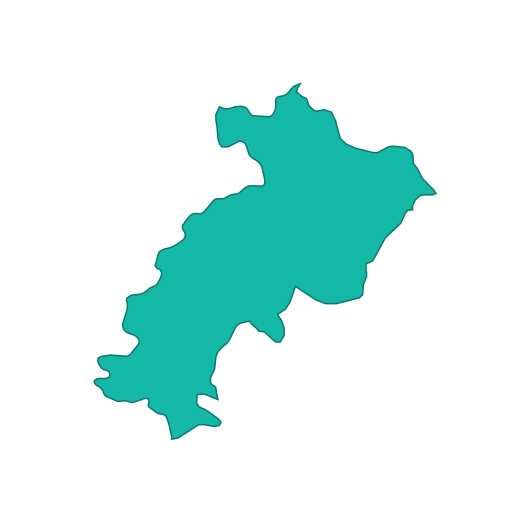 outline of Hautes-Alpes, rotated 344°
{"feature_id": "FRA-5304", "entity_name": "Hautes-Alpes", "entity_type": "Metropolitan department", "adm_level": 1, "iso_a3": "FRA", "parent_name": "France", "parent_adm1": "", "projection": "albers", "projection_center": [6.118, 44.657], "detail": "fine", "context": "isolated", "style": "filled", "palette": "teal", "viewbox_px": 512, "rotation_deg": 344, "n_neighbors": 0, "source": "natural_earth", "source_scale": "10m", "svg_char_len": 3854}
<svg xmlns="http://www.w3.org/2000/svg" viewBox="0 0 512 512"><g transform="rotate(344 256 256)"><path d="M442.4,236.7L444.9,241.4L446.3,245.6L442.2,245.8L433.7,243.4L429.4,243.4L424.1,246.4L419.9,251.8L419.2,254.8L414.7,253.8L411.1,256.2L404.2,264.4L385.2,274.3L367.0,292.8L360.1,293.8L358.8,295.6L357.6,302.7L356.7,306.0L351.4,313.1L347.7,322.8L343.6,324.7L320.2,324.0L309.5,320.9L301.3,314.5L285.5,296.1L276.1,309.6L269.6,315.2L260.6,318.1L262.8,325.3L263.2,333.1L261.1,340.2L255.4,345.4L250.9,343.9L243.0,331.2L238.1,329.1L236.9,326.3L232.7,319.5L231.6,316.7L231.4,316.7L231.1,316.7L230.8,316.7L230.7,316.7L230.3,316.6L230.1,316.6L229.8,316.6L229.6,316.6L229.4,316.6L229.1,316.6L228.8,316.6L228.6,316.6L228.3,316.6L228.0,316.5L227.8,316.5L227.5,316.5L227.2,316.5L226.9,316.5L226.6,316.5L226.3,316.5L226.1,316.4L225.8,316.4L225.5,316.4L225.2,316.4L224.7,316.4L224.2,316.3L223.7,316.3L223.3,316.3L223.1,316.3L222.8,316.3L222.7,316.3L222.4,316.3L222.2,316.2L217.3,318.2L207.5,329.1L203.8,331.9L195.7,335.7L192.1,338.5L189.7,341.8L185.3,352.7L183.1,355.6L180.7,358.1L178.5,361.0L177.4,364.8L178.0,367.7L179.8,369.0L181.1,371.2L180.3,376.6L179.8,383.5L168.0,374.3L161.3,372.9L158.4,380.8L159.5,385.2L165.2,389.9L174.4,401.5L176.6,406.0L174.0,408.8L169.0,408.4L159.0,403.5L154.1,402.4L130.8,409.5L124.4,408.8L125.0,407.7L125.9,394.8L125.7,386.3L124.3,383.8L122.6,382.4L118.8,380.7L117.2,379.2L114.4,375.2L112.7,373.5L111.5,371.8L111.3,369.6L112.8,366.9L113.3,364.8L112.4,363.1L110.6,362.4L108.5,362.3L97.7,362.9L95.7,362.3L91.4,359.6L89.1,358.8L84.6,358.0L83.0,357.5L81.9,356.8L73.2,349.5L72.2,347.9L71.9,346.3L71.6,343.2L71.0,341.2L69.8,339.1L66.4,335.4L65.7,333.4L66.0,331.6L68.6,330.3L70.8,330.3L77.2,332.2L79.3,332.4L81.1,332.1L82.4,330.9L83.0,329.7L82.9,327.3L82.4,326.1L81.1,324.9L79.3,323.9L77.7,322.6L76.3,320.6L75.6,318.5L75.1,316.1L74.9,313.9L75.4,311.9L76.5,310.5L79.3,310.0L81.6,310.0L88.9,311.1L103.3,316.5L105.3,316.8L108.0,316.0L118.4,308.6L120.3,306.5L120.1,302.8L118.9,300.5L117.1,298.6L111.2,294.3L109.6,292.2L108.9,290.8L108.5,288.9L108.5,287.1L108.8,285.6L110.0,283.2L117.0,272.6L118.7,268.7L119.2,265.4L119.2,263.0L120.3,260.9L123.7,259.6L126.2,259.5L128.4,259.7L131.2,260.4L135.4,260.9L138.1,260.4L141.0,259.5L145.0,257.6L151.8,256.6L153.6,255.4L157.3,251.7L159.1,249.4L160.4,247.3L160.6,245.0L160.2,242.8L157.7,240.9L156.3,237.8L162.0,228.0L164.1,225.5L167.0,224.4L169.5,224.1L176.5,224.3L181.2,223.5L190.4,220.5L192.4,218.8L193.8,216.7L194.0,213.5L193.2,211.2L192.9,208.7L193.9,206.4L199.4,201.9L203.2,199.4L205.3,198.4L207.6,198.1L209.7,198.5L213.6,200.0L215.8,200.0L218.2,199.3L230.2,191.1L232.5,190.2L234.7,190.3L239.1,191.7L241.2,191.9L248.2,190.4L250.4,190.4L254.7,191.1L257.0,190.8L264.6,187.4L267.0,186.8L269.1,186.8L271.3,187.2L279.5,190.1L281.5,190.3L283.2,190.0L284.4,188.6L285.2,186.7L285.7,181.8L286.2,172.3L285.7,169.7L284.7,167.0L282.1,163.5L279.9,161.2L278.2,158.6L277.2,155.9L277.2,148.7L276.8,145.9L275.8,143.6L273.3,141.5L271.1,141.0L260.4,143.3L257.4,143.0L255.2,142.4L253.0,141.3L251.9,137.8L251.9,132.2L254.2,120.7L254.8,115.1L255.8,110.8L256.5,108.9L262.0,102.5L265.9,105.6L268.1,106.4L271.7,107.0L277.3,106.8L283.1,108.0L286.3,109.8L288.0,112.0L289.3,116.4L290.0,118.5L291.6,120.3L306.8,125.7L309.2,125.6L311.8,124.3L315.2,120.0L316.5,117.0L317.2,114.2L317.6,112.0L318.7,110.2L320.8,109.1L327.5,109.4L330.3,108.8L338.8,103.4L345.8,102.6L346.1,102.6L342.7,105.5L340.0,109.2L344.1,115.4L347.9,118.7L348.2,121.0L348.0,123.6L348.6,126.6L351.4,131.4L353.9,133.5L362.0,134.2L368.2,138.6L369.7,148.0L369.4,166.3L373.5,173.2L381.2,179.7L397.3,189.0L401.7,190.1L413.1,187.6L417.2,187.9L428.9,192.6L433.1,197.2L434.1,198.8L434.6,200.7L434.6,201.7L434.4,202.6L434.4,204.2L434.0,204.5L432.9,209.6L432.7,210.1L435.4,217.1L436.8,225.2L437.7,228.0L442.4,236.7Z" fill="#14b8a6" stroke="#0f766e" stroke-width="1.5"/></g></svg>